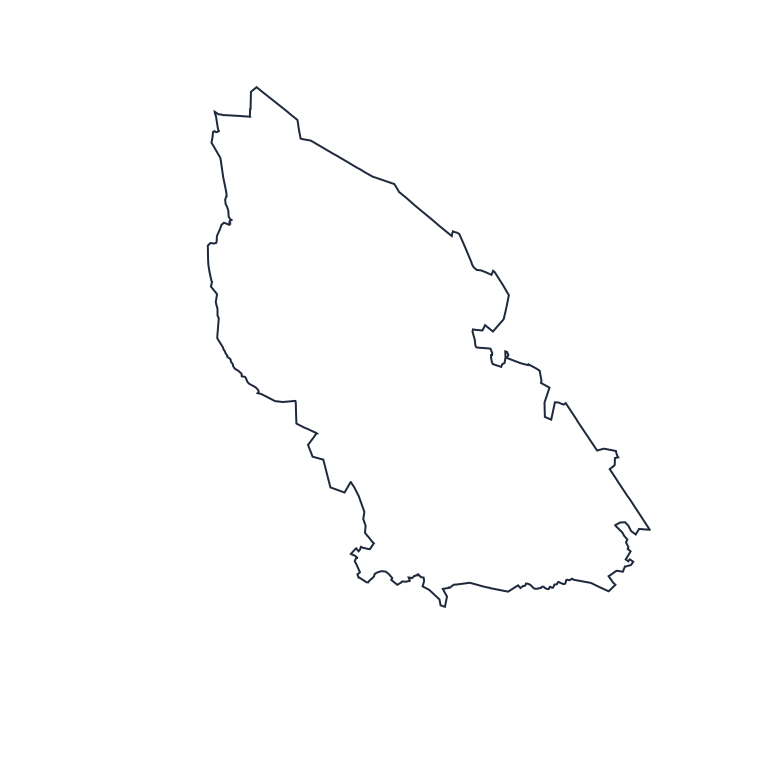 outline of Lēdmanes pag., Lielvardes, Latvia, rotated 221°
{"feature_id": "27541924B44390413631037", "entity_name": "Lēdmanes pag.", "entity_type": "district", "adm_level": 2, "iso_a3": "LVA", "parent_name": "Latvia", "parent_adm1": "Lielvardes", "projection": "robinson", "projection_center": [24.989, 56.772], "detail": "fine", "context": "isolated", "style": "outline", "palette": "slate", "viewbox_px": 768, "rotation_deg": 221, "n_neighbors": 0, "source": "geoboundaries", "source_scale": "gbopen_adm2", "svg_char_len": 6047}
<svg xmlns="http://www.w3.org/2000/svg" viewBox="0 0 768 768"><g transform="rotate(221 384 384)"><path d="M275.2,496.1L278.7,495.7L287.9,493.6L287.6,492.8L288.5,492.3L294.6,489.3L308.5,484.2L309.0,487.4L312.3,488.9L313.9,488.2L309.7,483.7L306.8,478.9L307.7,476.7L307.7,476.4L307.2,475.1L306.8,473.8L315.0,470.4L317.1,471.4L320.9,474.5L322.2,476.1L321.4,476.7L322.5,478.3L326.8,480.5L328.9,479.1L336.8,473.2L337.2,473.0L337.3,472.9L338.5,472.3L339.6,472.7L340.6,473.3L345.1,477.4L348.1,479.3L351.3,481.4L351.5,481.6L352.7,483.5L349.9,485.3L344.8,489.0L346.3,494.7L336.2,495.1L336.2,510.9L336.3,511.6L339.8,518.3L342.3,522.9L348.0,532.9L359.2,536.7L373.6,541.0L374.2,541.1L375.9,541.0L374.5,536.9L380.6,535.1L385.5,533.3L388.9,530.9L392.8,530.9L396.0,532.0L398.2,533.4L413.1,540.7L425.6,546.6L428.2,546.1L431.0,544.7L432.1,544.5L431.3,542.4L429.9,540.1L446.7,539.6L454.8,539.6L477.3,539.0L489.6,539.1L498.9,538.8L499.6,539.2L507.3,541.7L528.7,533.0L538.1,531.1L542.1,530.5L546.5,529.5L570.1,525.2L572.5,524.6L596.1,520.2L599.1,519.6L605.9,515.5L607.9,514.5L614.3,519.5L622.5,526.5L632.3,526.1L636.3,526.1L666.4,524.7L674.9,524.4L675.5,520.7L676.1,517.2L665.2,504.1L665.5,503.8L661.1,498.3L660.4,497.9L666.8,493.0L667.1,492.9L679.5,483.3L682.2,481.1L683.4,480.8L685.3,479.3L686.0,478.9L690.4,478.4L689.6,477.6L688.0,476.7L686.3,475.7L676.8,467.7L675.5,466.9L674.5,466.5L675.5,464.3L676.1,463.9L677.3,463.7L678.0,463.4L677.8,463.0L678.3,461.9L675.2,457.6L672.5,452.9L669.6,452.0L655.9,447.3L653.2,445.1L641.3,434.8L628.9,425.3L627.5,424.0L626.0,422.5L626.2,422.3L624.8,418.9L621.7,416.0L619.0,414.9L615.4,412.8L612.1,409.5L611.3,408.5L608.3,407.5L606.7,407.7L607.3,405.9L607.3,405.6L607.3,405.4L606.7,405.1L606.4,404.8L606.3,404.5L606.2,404.5L606.3,404.3L605.9,404.1L605.8,403.9L605.1,403.8L605.0,403.4L605.1,402.9L605.5,402.5L606.0,402.2L606.4,402.1L606.9,402.1L609.8,401.0L610.7,400.5L610.8,400.2L610.8,398.9L611.1,397.5L609.6,393.9L607.2,386.2L606.9,385.7L605.4,383.8L605.4,383.7L605.0,383.4L603.4,381.1L603.3,380.5L603.4,380.2L604.2,378.7L607.5,376.5L607.7,372.8L598.4,362.5L594.6,358.6L588.6,353.6L581.8,348.6L580.9,348.2L580.7,348.2L578.6,344.0L569.0,342.3L567.2,339.5L564.7,335.4L564.0,335.0L562.6,333.8L561.6,333.3L559.1,331.6L554.5,326.4L551.9,325.3L541.2,310.8L539.8,309.1L529.6,306.0L528.6,305.3L527.4,304.6L526.5,304.7L523.5,303.2L521.8,302.8L521.0,302.7L520.4,301.9L520.0,301.7L517.2,302.0L516.4,302.0L515.3,301.5L514.4,300.5L511.8,299.9L510.8,299.6L509.6,298.5L506.9,297.7L506.5,297.7L502.5,298.4L498.4,298.3L497.5,297.8L497.0,296.9L496.6,296.5L495.7,296.7L494.6,297.7L493.3,298.2L492.5,298.0L488.5,296.0L485.9,295.7L478.7,297.3L478.1,297.2L476.3,297.1L474.8,296.8L473.9,296.3L473.5,295.9L473.4,295.6L473.4,294.2L470.2,295.9L455.0,299.6L448.2,304.3L447.8,304.8L440.0,312.9L439.6,313.2L439.3,313.2L439.5,313.1L436.0,309.6L435.8,309.3L435.4,308.8L424.3,296.8L424.0,296.7L415.6,298.8L412.0,300.0L402.5,302.7L402.3,302.7L402.6,302.4L401.9,296.0L401.9,295.9L401.9,295.0L401.4,288.2L390.2,282.3L380.2,287.1L356.6,270.8L351.5,272.8L342.6,276.2L344.8,288.0L344.7,288.2L338.6,286.5L329.5,282.8L314.9,274.6L311.1,268.5L304.8,264.9L300.8,259.3L296.5,258.4L296.3,258.4L296.0,258.5L289.2,257.2L287.1,257.1L287.1,256.4L286.3,250.2L286.9,249.6L291.8,246.9L294.6,245.9L293.5,243.4L293.4,241.1L297.2,241.7L297.4,238.7L297.5,234.0L296.6,234.2L294.0,235.1L292.9,235.4L290.6,235.3L290.4,235.4L290.2,235.1L290.7,234.7L290.8,234.2L290.3,232.3L289.7,231.0L286.2,229.7L278.6,226.1L279.2,222.9L276.5,221.4L276.5,221.6L267.1,222.9L265.8,223.8L266.0,225.7L265.2,231.9L266.4,234.6L265.5,237.2L264.3,239.3L263.6,240.5L262.5,241.5L259.7,243.5L258.9,243.6L255.2,243.7L250.5,242.9L250.3,242.8L250.2,242.6L250.0,240.9L242.2,241.2L240.7,245.8L240.9,246.1L240.9,246.5L240.6,247.1L237.8,249.0L237.2,250.0L235.4,252.2L235.5,252.5L236.8,253.3L238.5,254.1L238.0,254.5L236.2,255.4L236.2,255.5L235.5,255.9L235.6,256.3L235.4,256.9L235.2,257.8L235.3,258.9L234.6,259.6L234.3,260.7L233.0,261.6L233.0,262.1L233.6,262.4L233.5,262.7L233.2,262.9L231.0,262.6L229.5,262.5L228.5,263.0L227.1,263.9L224.5,261.7L222.2,256.9L222.1,256.6L214.8,258.3L200.8,257.8L196.1,254.1L191.8,255.8L197.0,264.9L205.2,267.9L200.9,273.2L201.0,273.3L200.7,273.4L199.7,278.3L198.2,279.7L188.8,290.3L175.0,296.9L171.3,299.0L171.2,299.1L170.1,299.7L169.9,299.6L154.1,308.7L150.7,320.0L147.2,319.5L146.5,322.9L145.3,324.0L145.3,325.0L145.9,326.6L145.5,326.8L144.8,327.4L144.5,327.6L142.3,328.3L140.7,328.4L137.4,328.1L136.6,328.2L136.1,328.3L135.8,328.5L135.5,328.8L134.2,329.8L133.0,331.6L132.6,332.0L131.7,333.2L131.7,333.7L131.9,334.1L131.8,334.3L131.5,334.8L131.2,335.3L130.7,335.6L130.3,335.7L129.9,335.7L129.2,335.6L128.2,335.7L126.3,336.4L125.5,336.9L125.2,337.4L125.2,337.9L125.6,339.2L125.8,339.6L125.8,339.8L125.7,339.9L123.5,340.5L123.1,340.7L122.9,341.0L123.0,342.0L123.2,342.9L123.6,343.6L123.7,344.6L123.5,344.9L122.3,345.9L122.3,346.9L122.7,348.7L122.5,349.1L119.5,349.9L117.3,350.8L116.4,351.7L116.5,353.1L117.6,355.0L117.8,355.8L117.0,356.7L116.7,356.9L115.9,357.1L115.6,357.4L115.0,358.2L114.6,359.2L114.6,359.6L114.6,360.1L113.9,360.6L112.4,360.7L97.4,369.6L88.8,371.9L78.5,374.9L78.2,377.1L78.1,379.2L77.6,384.3L80.7,384.4L83.8,385.2L88.4,386.3L87.6,388.9L86.6,393.4L86.0,395.6L82.0,398.2L80.6,399.0L80.6,399.3L81.2,400.7L82.4,404.3L82.1,404.4L78.8,409.5L79.3,413.4L83.5,412.9L83.3,410.4L86.5,410.2L86.9,412.7L88.1,419.5L91.9,419.4L92.5,421.2L97.5,423.3L98.3,426.3L102.9,426.9L106.7,428.3L116.5,428.9L116.9,429.2L114.9,434.4L111.4,437.8L106.8,437.4L100.9,435.1L95.3,435.6L96.4,442.0L95.4,442.7L91.3,445.7L87.9,448.3L88.0,448.4L124.3,458.7L125.8,458.9L141.4,463.2L148.6,465.3L157.8,467.8L156.9,472.6L156.7,473.9L156.8,474.3L161.1,479.6L160.4,480.7L159.1,482.3L160.4,482.7L162.2,483.6L163.9,484.7L165.0,485.6L175.4,479.6L176.1,478.7L179.5,473.6L213.1,482.7L215.4,483.5L220.3,484.9L222.9,485.6L234.3,488.8L234.9,486.3L240.5,484.3L243.0,482.3L234.4,466.8L241.0,464.7L245.5,469.6L250.7,475.3L256.7,489.8L266.2,487.8L267.3,489.8L275.2,496.1Z" fill="none" stroke="#1e293b" stroke-width="2"/></g></svg>